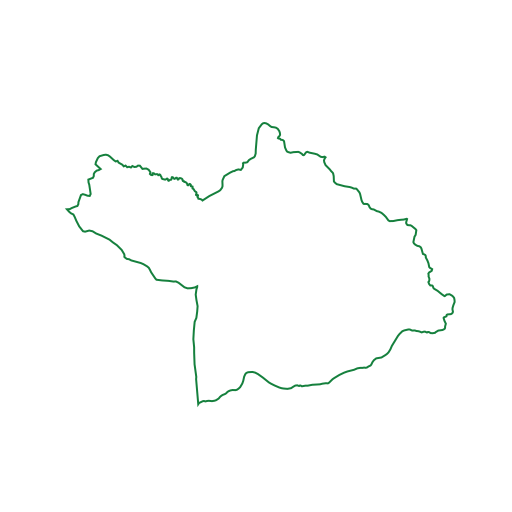 Ra-Ngae, Narathiwat, Thailand, rotated 140°
{"feature_id": "78962969B92165576967396", "entity_name": "Ra-Ngae", "entity_type": "district", "adm_level": 2, "iso_a3": "THA", "parent_name": "Thailand", "parent_adm1": "Narathiwat", "projection": "robinson", "projection_center": [101.702, 6.243], "detail": "fine", "context": "isolated", "style": "outline", "palette": "green", "viewbox_px": 512, "rotation_deg": 140, "n_neighbors": 0, "source": "geoboundaries", "source_scale": "gbopen_adm2", "svg_char_len": 6114}
<svg xmlns="http://www.w3.org/2000/svg" viewBox="0 0 512 512"><g transform="rotate(140 256 256)"><path d="M370.8,413.3L370.7,410.1L370.3,407.6L369.2,405.2L369.8,402.4L371.0,398.5L372.4,392.3L372.6,386.2L371.3,384.5L367.4,382.7L365.3,380.0L364.0,376.0L361.2,370.8L357.7,362.7L356.9,358.5L355.6,353.7L355.0,347.0L355.8,342.0L356.6,340.7L357.4,340.0L357.3,338.8L356.8,336.8L355.3,335.1L354.4,332.8L348.8,324.7L347.5,322.1L346.1,318.1L345.7,315.9L346.1,313.7L346.8,310.9L347.6,303.4L347.5,301.8L343.7,297.7L339.0,293.2L335.6,289.4L333.7,288.0L332.5,285.3L330.9,278.0L329.2,275.2L326.3,273.0L323.0,271.2L320.5,270.6L320.9,270.1L323.1,268.7L327.0,265.2L329.9,260.6L333.0,255.1L336.8,251.2L341.5,246.9L345.3,245.0L351.5,238.9L357.5,232.5L362.1,225.8L365.6,221.6L372.7,212.5L379.5,201.7L381.0,200.2L395.5,179.6L394.2,180.0L390.2,179.0L389.1,178.4L388.2,177.1L386.7,176.4L385.2,175.4L383.0,173.1L380.8,171.8L379.3,171.2L376.2,170.8L374.0,171.2L372.4,171.2L370.9,171.0L368.5,170.2L367.0,170.0L365.7,170.2L364.1,170.1L362.1,169.5L360.1,168.4L357.9,166.4L356.6,165.8L354.7,165.6L352.5,165.7L348.5,167.1L346.1,168.5L342.6,171.2L340.1,172.4L338.5,172.6L336.7,172.0L333.2,169.4L331.6,167.2L330.4,164.3L328.9,158.5L327.4,150.9L326.6,148.6L325.0,144.9L322.7,140.3L321.4,138.3L320.1,136.8L317.3,134.0L314.1,132.2L311.4,131.9L309.2,131.5L307.5,130.4L306.9,129.2L306.3,128.6L305.7,128.6L305.1,128.1L304.6,126.7L301.5,124.9L299.7,123.4L295.7,121.2L289.5,116.6L287.2,115.5L284.2,113.6L282.8,112.2L281.5,112.0L276.5,112.4L274.5,112.2L268.6,111.3L263.5,110.0L260.2,108.8L254.0,105.8L250.6,104.8L248.2,103.4L246.1,101.7L244.9,101.0L243.8,99.8L242.4,99.2L241.0,99.1L238.7,98.5L237.5,98.7L235.1,99.8L232.7,100.4L229.7,100.3L225.1,97.6L220.4,96.9L218.4,96.8L216.4,97.0L213.1,98.1L209.7,99.8L198.7,103.5L196.2,104.0L192.3,104.3L190.3,103.7L186.5,101.8L185.4,100.8L184.3,98.5L182.2,96.9L181.3,95.4L180.2,94.3L179.3,93.1L178.2,91.0L176.2,90.2L175.2,89.5L174.2,87.5L173.4,87.4L172.5,86.7L171.7,84.6L170.3,83.3L168.3,82.1L167.5,82.2L164.3,81.7L160.8,79.5L159.5,79.1L158.1,79.0L157.3,79.5L156.4,80.5L154.1,82.1L153.3,85.2L152.1,88.0L151.5,88.2L148.9,87.4L147.7,88.3L146.8,88.1L144.1,86.2L142.8,86.0L141.7,86.2L140.9,86.8L139.9,88.7L138.9,89.8L136.5,91.4L133.4,93.1L132.2,94.7L131.2,96.5L131.1,98.1L131.3,99.6L132.3,102.3L134.7,103.9L137.0,103.9L137.4,104.1L138.3,107.4L139.3,112.7L140.6,116.4L140.6,117.7L140.1,118.8L139.9,119.7L140.1,120.3L141.4,121.4L141.4,123.2L140.7,125.2L139.7,125.4L138.7,126.1L137.8,127.1L136.9,129.5L136.0,130.4L135.3,131.7L134.0,132.1L131.0,131.7L130.0,132.3L129.5,132.7L130.4,135.2L130.4,136.2L128.6,139.5L127.6,142.4L126.9,145.7L126.0,146.8L125.7,147.9L126.1,149.1L126.8,150.3L124.5,155.4L124.2,156.7L124.6,158.4L125.9,160.1L126.7,162.3L126.9,164.2L126.5,165.5L122.2,168.9L120.1,169.6L116.6,172.7L116.5,174.1L117.4,178.9L117.9,180.2L119.1,181.3L120.1,182.4L120.0,184.3L119.3,185.3L116.5,187.2L116.6,187.6L119.5,189.0L121.7,190.6L124.6,192.5L128.3,194.5L131.2,196.8L131.7,198.2L131.4,202.4L131.6,205.0L132.0,207.6L132.3,208.7L133.4,211.1L134.6,212.7L135.9,216.0L137.0,217.2L137.7,218.6L137.6,220.6L137.0,222.3L137.2,224.1L138.7,225.6L139.8,226.4L140.1,227.1L139.8,229.4L139.2,231.1L136.4,236.6L135.9,238.2L135.8,242.3L136.0,243.3L137.7,244.7L138.7,246.8L139.9,248.6L143.3,252.5L148.0,259.2L148.4,261.6L148.4,263.0L145.1,267.3L143.9,269.6L143.7,270.5L143.9,272.6L143.8,274.9L144.3,280.9L143.4,284.0L142.4,285.6L140.8,286.5L139.3,286.9L139.6,288.0L141.6,289.1L142.7,290.5L143.8,294.4L145.2,296.5L148.6,300.8L149.7,302.8L150.7,303.2L151.7,303.1L154.0,302.5L154.7,302.6L155.2,303.3L155.2,304.7L156.0,307.4L156.7,308.6L160.6,311.5L163.2,312.9L164.6,315.0L165.1,316.2L164.8,317.8L164.0,320.5L160.8,325.8L160.7,326.4L160.9,327.4L161.3,328.1L162.2,329.0L162.2,330.3L163.3,331.7L163.4,332.2L162.3,332.8L161.1,332.8L159.7,333.3L158.6,334.9L157.9,336.6L157.6,339.4L158.2,341.4L159.0,342.5L161.2,344.9L161.7,346.6L162.1,349.0L162.9,351.0L164.0,352.4L165.2,353.1L166.9,353.2L171.7,352.1L177.7,347.8L188.0,337.4L190.4,334.7L192.7,333.2L194.1,332.9L197.7,333.8L199.9,334.0L201.9,333.5L202.6,333.5L204.1,334.3L205.4,335.4L206.4,335.4L207.0,334.3L209.3,332.3L212.3,331.7L213.8,333.6L215.9,334.6L218.0,335.0L219.0,335.7L222.2,336.5L228.9,337.5L232.5,335.8L233.6,335.0L236.1,331.8L236.9,330.9L238.2,330.1L241.1,329.4L243.2,329.6L253.1,331.9L261.3,332.9L261.4,334.2L262.2,335.6L263.3,336.9L263.0,337.5L263.0,338.4L262.8,339.0L261.7,339.4L261.4,339.8L261.7,340.5L262.4,340.7L262.7,341.3L262.6,341.5L261.4,342.2L260.8,342.9L260.7,343.3L261.2,344.9L260.8,347.4L261.2,348.5L261.0,348.9L260.3,349.4L260.0,350.0L261.0,351.3L260.9,351.6L260.2,352.4L260.2,353.1L260.3,353.6L260.7,354.0L262.0,353.7L262.6,353.8L262.9,354.3L262.3,355.8L262.2,356.9L262.7,358.3L263.3,358.8L263.1,359.3L263.1,359.6L263.8,360.5L263.7,361.0L263.3,361.4L263.1,361.9L263.1,362.7L263.3,363.3L263.9,364.3L264.6,364.9L265.2,364.9L266.1,364.5L266.7,364.7L266.8,365.2L266.4,366.3L266.4,366.9L266.9,367.3L268.3,367.3L269.0,367.6L269.1,368.1L269.1,369.7L269.6,370.4L270.0,370.4L271.2,369.3L271.9,369.0L272.8,369.6L274.5,369.7L274.7,369.9L274.7,370.4L274.1,371.7L274.2,372.3L274.4,372.5L275.5,372.6L276.5,372.9L278.2,375.2L278.3,375.9L277.7,377.2L277.5,378.7L277.2,379.5L277.3,380.2L277.6,380.6L278.4,380.5L278.9,380.7L278.9,381.6L279.0,382.1L279.4,382.5L280.3,383.0L280.8,383.4L281.1,385.0L281.7,385.7L282.0,385.8L282.3,385.6L282.8,384.8L283.2,384.5L283.6,384.7L284.3,385.6L284.4,386.0L284.5,387.1L283.3,387.8L283.0,388.2L282.8,391.1L283.7,393.4L285.4,394.7L287.0,395.7L286.9,399.8L288.3,401.1L290.2,401.2L291.9,402.3L292.9,404.4L294.9,404.2L295.9,406.0L297.6,406.8L297.8,409.1L299.7,409.7L299.7,411.8L301.2,415.8L300.9,417.9L302.7,418.6L303.3,420.8L304.0,426.2L304.6,428.3L305.9,430.1L307.8,431.3L311.7,433.0L314.2,432.7L318.3,430.8L320.0,429.4L319.1,422.5L321.3,422.9L323.1,423.8L325.7,423.8L327.5,423.1L328.9,421.5L330.6,420.7L335.3,422.3L337.0,420.0L337.9,417.8L342.8,409.8L344.8,408.9L346.4,410.6L347.4,412.5L348.9,414.7L350.9,415.2L357.4,411.4L358.8,409.9L360.7,409.1L362.4,409.9L366.4,411.2L368.5,411.6L370.8,413.3Z" fill="none" stroke="#15803d" stroke-width="2"/></g></svg>